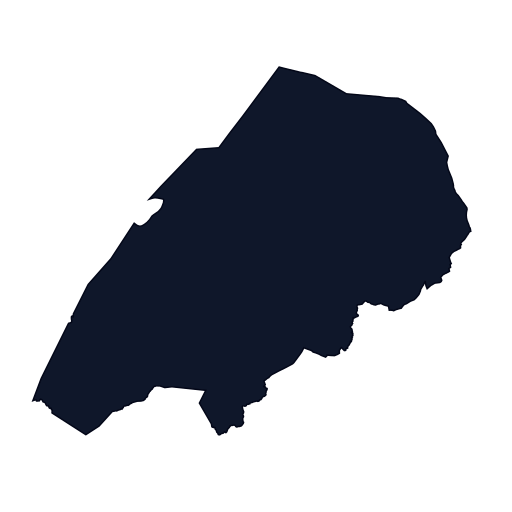 outline of "Øystre Slidre" nor, Oppland, Norway, rotated 274°
{"feature_id": "86288312B23530540977593", "entity_name": "\"Øystre Slidre\" nor", "entity_type": "district", "adm_level": 2, "iso_a3": "NOR", "parent_name": "Norway", "parent_adm1": "Oppland", "projection": "orthographic", "projection_center": [8.948, 61.251], "detail": "fine", "context": "isolated", "style": "filled", "palette": "ink", "viewbox_px": 512, "rotation_deg": 274, "n_neighbors": 0, "source": "geoboundaries", "source_scale": "gbopen_adm2", "svg_char_len": 5967}
<svg xmlns="http://www.w3.org/2000/svg" viewBox="0 0 512 512"><g transform="rotate(274 256 256)"><path d="M361.4,211.4L358.2,189.3L319.0,156.5L305.2,145.5L306.3,148.2L306.9,150.2L307.1,151.3L307.0,154.1L306.4,158.9L306.2,159.4L305.9,159.8L305.2,160.1L302.7,160.0L298.7,158.8L296.8,158.0L293.5,155.5L290.1,151.2L288.6,149.5L284.9,147.4L281.9,145.0L279.8,142.6L278.8,141.2L277.9,139.6L277.6,138.0L277.7,137.2L277.9,136.3L278.4,134.9L280.2,132.2L243.3,111.6L215.9,90.6L185.6,77.9L183.9,77.9L183.7,77.5L183.1,77.6L182.7,78.0L182.4,77.8L182.8,77.1L182.8,76.6L182.9,76.3L182.3,76.1L180.1,76.3L178.9,76.7L177.0,76.6L176.1,74.9L176.1,74.5L175.9,73.9L175.5,73.6L118.9,50.3L96.1,43.5L96.8,45.1L97.1,46.2L97.0,46.7L96.1,47.1L96.0,47.6L96.3,48.9L96.3,49.5L96.4,50.0L96.7,50.2L97.7,50.5L98.1,50.9L97.9,52.1L97.6,52.6L95.6,53.8L95.4,54.8L95.1,55.7L94.1,56.4L93.0,56.9L92.2,57.6L91.9,58.1L92.0,58.7L92.3,59.2L92.2,59.5L90.9,59.9L90.0,60.4L89.7,61.0L90.0,61.9L89.8,62.3L88.5,62.6L88.3,62.8L88.2,63.3L87.9,63.6L86.1,63.4L85.2,63.5L65.9,98.7L75.4,111.3L91.0,123.6L91.2,125.1L91.7,126.1L91.8,127.2L91.7,127.6L91.9,127.9L92.0,128.4L92.9,129.8L93.1,130.9L93.7,131.9L94.2,132.2L93.9,133.0L94.5,133.2L95.5,134.1L96.7,134.5L97.5,135.6L97.3,136.2L97.6,136.9L97.9,137.2L98.1,138.1L98.1,138.8L98.4,139.4L99.2,140.2L99.7,140.4L99.9,140.7L99.9,141.2L100.4,141.7L100.8,141.9L100.7,142.1L100.9,142.1L102.9,147.7L103.3,151.4L104.1,153.9L105.6,155.4L106.0,155.2L107.1,156.1L107.3,156.7L108.3,157.5L110.5,157.7L111.1,158.2L113.5,159.4L113.9,160.0L114.3,160.1L115.7,161.3L116.0,161.8L116.5,162.0L116.9,161.9L117.4,162.5L119.0,163.6L119.0,164.5L119.5,165.1L119.7,169.3L118.4,174.2L119.7,181.2L118.5,215.3L105.3,209.8L85.5,223.2L82.6,223.9L82.2,224.4L82.2,225.3L82.3,225.4L81.9,225.8L81.9,226.0L81.9,226.5L82.1,226.8L82.0,227.1L80.6,227.3L79.5,228.4L77.5,229.2L76.7,230.2L75.3,230.8L75.0,231.7L75.3,232.6L75.6,233.0L76.3,233.5L76.5,234.3L76.9,235.1L77.0,235.7L78.4,236.9L78.2,237.4L78.1,237.5L77.7,238.1L77.8,238.4L78.0,238.4L78.6,239.1L81.4,239.9L83.1,241.3L83.5,241.4L84.2,242.0L84.7,242.0L85.2,243.1L85.3,243.4L85.4,244.4L85.7,245.1L85.8,245.9L85.6,246.9L84.7,247.6L84.2,248.2L84.1,248.5L84.2,249.1L84.8,250.6L84.8,251.6L85.0,251.8L85.3,252.9L86.0,253.7L86.8,254.1L87.9,254.9L89.0,255.2L89.3,255.2L89.8,254.6L92.4,254.1L93.7,254.2L94.6,254.7L95.4,254.7L96.1,254.3L97.5,253.7L98.3,254.4L99.7,254.6L102.1,253.5L104.5,252.9L104.8,252.8L105.5,253.2L105.7,253.5L105.4,255.2L105.6,256.1L106.2,256.8L107.4,257.1L107.5,257.3L107.5,257.9L107.5,258.6L108.1,259.5L108.0,259.8L108.0,260.1L108.9,260.4L109.3,261.0L109.5,262.1L110.5,264.0L110.6,264.6L111.3,266.6L111.4,267.2L111.2,267.5L111.1,267.8L111.5,269.1L112.8,269.7L112.9,270.0L112.9,270.7L113.1,270.9L114.4,271.8L114.9,271.8L115.5,272.1L116.5,273.4L116.6,274.1L117.8,275.4L118.7,275.6L119.6,275.1L121.1,275.6L122.0,275.4L123.3,276.3L124.6,276.3L124.7,275.4L124.8,275.2L126.0,274.5L126.0,273.7L126.2,272.9L126.3,272.8L126.6,272.9L127.5,273.8L128.3,274.2L131.4,272.8L132.3,272.8L132.8,273.8L134.7,275.7L135.3,276.7L135.5,277.2L136.8,278.0L138.6,279.8L142.5,286.0L146.9,293.5L151.0,300.0L152.3,301.2L161.4,307.0L163.8,308.4L167.8,310.1L165.7,317.4L165.3,318.3L164.2,319.6L163.5,322.6L162.4,326.0L161.4,328.0L160.0,332.5L161.4,333.7L162.1,333.8L162.0,337.4L162.1,341.3L163.5,344.1L164.8,346.0L167.6,345.7L170.1,347.1L170.6,347.6L167.9,350.6L167.8,351.3L168.3,352.1L169.1,352.0L170.1,352.3L170.3,352.7L170.0,352.9L170.4,353.6L170.6,353.4L171.5,353.9L172.9,354.2L173.7,354.9L173.9,355.3L175.3,355.5L175.6,355.9L176.3,356.2L177.3,356.2L177.3,356.5L177.1,356.9L177.3,357.1L178.5,357.2L179.4,357.6L180.4,357.3L181.2,357.8L181.6,357.4L182.5,357.5L183.3,358.2L184.1,357.9L184.8,358.1L185.5,358.0L185.8,357.9L186.0,356.9L186.2,356.6L186.5,356.7L186.6,357.1L187.0,357.4L187.6,357.4L188.1,357.1L188.9,357.0L189.8,356.7L190.9,355.4L192.1,355.0L192.9,355.5L193.2,356.0L193.9,356.5L194.9,356.7L195.5,357.1L196.1,356.6L197.1,356.6L197.9,357.3L199.4,356.9L199.9,357.4L201.0,357.0L201.3,357.2L201.1,358.2L201.1,358.6L201.5,358.9L202.1,359.9L202.5,360.9L203.1,361.9L203.5,362.2L204.2,362.0L204.5,361.6L204.9,360.9L206.0,360.0L207.2,360.2L208.8,360.8L210.0,360.6L210.7,360.9L211.4,360.8L212.0,360.2L213.5,360.3L214.2,360.5L214.5,360.8L214.5,362.0L215.4,365.2L218.5,367.6L218.7,368.1L218.8,369.0L218.6,369.2L218.7,369.4L218.1,370.1L217.9,370.6L217.7,370.7L217.5,372.9L216.7,373.6L216.2,374.6L216.1,375.7L215.7,376.5L215.6,377.4L215.5,377.9L215.4,378.3L215.5,378.8L216.6,381.0L216.7,382.2L217.3,383.0L217.3,383.4L217.2,384.5L216.2,386.7L215.7,388.7L215.3,391.3L214.3,391.9L211.2,392.7L211.4,394.1L211.3,396.0L211.0,397.2L212.2,399.2L213.6,402.9L214.0,404.5L216.1,405.8L218.0,407.3L218.9,409.4L221.7,413.2L223.4,416.8L225.5,418.7L229.0,421.2L232.5,422.4L234.2,422.6L238.2,424.6L238.8,425.1L241.8,426.1L242.9,426.7L241.9,426.7L238.0,427.7L235.3,429.0L239.0,432.6L239.5,433.5L241.4,436.2L242.4,441.2L243.4,442.5L244.7,443.0L247.6,441.7L250.0,443.5L250.5,443.7L250.6,444.3L252.2,446.6L252.3,447.3L252.7,447.6L253.5,449.1L254.3,450.1L257.0,449.3L258.3,450.9L261.1,450.2L262.0,451.3L263.7,450.4L268.0,448.8L272.2,450.8L274.4,453.1L275.7,455.5L277.0,457.4L277.5,458.5L278.4,459.5L280.7,459.2L281.7,460.0L282.5,459.3L283.3,459.6L284.2,460.1L287.2,462.9L290.5,464.8L291.5,465.2L292.0,465.7L294.7,467.0L295.4,467.9L295.6,468.5L297.8,468.0L299.1,467.5L300.2,466.5L300.8,466.5L302.3,465.9L306.0,464.1L308.7,463.3L311.4,462.9L314.5,462.9L317.2,463.3L318.7,463.0L323.2,459.4L324.7,457.9L326.1,457.0L330.4,453.5L332.2,451.4L334.6,449.8L335.1,449.9L337.3,448.6L338.8,448.1L339.9,448.1L342.0,447.6L347.3,445.8L355.6,441.7L359.3,440.5L362.7,439.6L369.1,440.7L382.1,432.8L390.0,426.9L393.1,426.3L397.1,424.0L400.2,421.6L405.1,415.6L409.6,409.7L418.8,395.8L420.7,394.5L422.4,390.0L422.6,388.5L423.3,386.7L422.9,374.9L423.5,368.2L424.1,334.8L440.1,302.2L442.2,289.2L442.3,287.6L445.2,270.7L446.1,265.9L394.7,233.1L376.3,220.9L361.4,211.4Z" fill="#0f172a" stroke="#020617" stroke-width="1.5"/></g></svg>